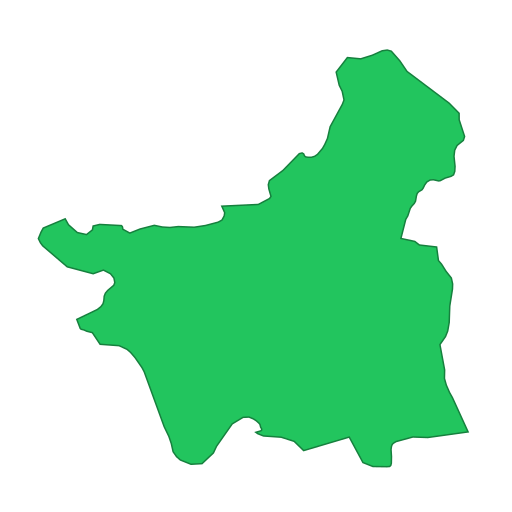 the border of Lucerne, rotated 182°
{"feature_id": "CHE-163", "entity_name": "Lucerne", "entity_type": "Canton", "adm_level": 1, "iso_a3": "CHE", "parent_name": "Switzerland", "parent_adm1": "", "projection": "natural_earth1", "projection_center": [8.13, 47.03], "detail": "fine", "context": "isolated", "style": "filled", "palette": "green", "viewbox_px": 512, "rotation_deg": 182, "n_neighbors": 0, "source": "natural_earth", "source_scale": "10m", "svg_char_len": 2299}
<svg xmlns="http://www.w3.org/2000/svg" viewBox="0 0 512 512"><g transform="rotate(182 256 256)"><path d="M408.7,162.3L416.9,173.7L422.5,174.9L425.4,176.1L428.2,176.7L429.1,177.4L432.9,186.4L412.7,197.0L409.2,200.0L407.2,203.0L406.5,206.2L406.3,210.5L405.2,213.6L403.0,216.4L397.1,221.8L396.2,224.5L397.2,229.0L400.8,233.2L408.0,236.6L418.1,232.6L444.3,238.6L469.5,258.7L471.9,261.7L474.1,265.8L471.7,272.3L469.6,276.5L448.0,286.5L444.5,280.7L435.4,273.2L426.1,271.5L420.4,276.4L419.8,280.3L413.3,282.1L391.6,281.7L390.7,280.9L390.4,280.2L390.0,278.1L382.9,274.5L372.9,278.9L358.7,283.1L350.6,281.7L343.0,281.5L334.7,282.7L318.8,282.6L307.6,284.7L295.0,288.5L291.3,290.7L289.2,294.9L288.8,298.2L291.9,304.6L255.5,307.6L244.5,313.9L243.1,316.1L245.5,323.5L246.2,327.7L245.2,331.8L232.0,342.5L216.3,359.8L213.5,360.6L211.9,359.7L211.0,357.7L209.8,356.8L207.7,356.5L204.0,356.6L200.8,357.7L198.1,359.7L193.3,365.8L191.2,369.8L188.7,375.9L186.4,387.8L175.0,410.6L173.5,415.0L175.6,423.6L178.8,429.6L182.3,442.6L171.6,457.5L158.2,456.7L146.8,460.7L137.1,465.5L132.0,466.4L127.9,465.4L119.2,456.2L111.5,445.7L68.2,415.4L58.0,405.7L57.7,399.2L51.7,382.7L52.8,378.8L58.9,373.5L61.1,368.7L61.6,362.6L60.2,352.5L60.3,347.5L61.4,344.0L63.9,342.4L69.6,340.5L74.5,337.7L76.1,337.4L81.4,338.4L84.7,338.0L87.9,335.9L89.9,332.9L91.3,329.7L92.4,328.0L95.8,325.8L97.1,324.1L97.8,321.5L98.5,316.3L99.7,314.0L102.0,311.3L103.5,309.0L105.7,301.4L107.6,297.9L111.8,278.6L97.8,276.1L93.1,272.7L75.8,271.3L73.5,257.8L70.2,254.2L65.6,247.4L60.0,240.8L58.5,234.9L58.5,229.8L60.6,212.8L60.6,196.3L61.8,187.7L63.8,182.1L69.1,173.9L63.5,148.7L63.4,140.2L61.3,133.6L57.8,126.3L54.8,121.4L37.9,87.6L78.0,80.6L92.9,80.6L109.6,75.4L112.1,73.7L113.1,72.7L113.5,71.9L114.0,70.2L114.3,67.3L113.6,60.3L113.5,53.6L114.0,51.4L115.1,50.3L117.8,50.0L131.8,49.7L141.9,53.3L156.5,78.3L201.6,63.2L211.4,72.1L224.5,75.8L242.2,76.4L248.1,78.5L250.0,79.8L245.2,81.4L244.3,82.2L244.3,83.4L245.4,85.1L246.2,87.9L247.4,89.2L249.9,91.3L252.9,93.1L257.4,94.8L263.3,94.3L273.9,87.4L288.8,64.5L291.7,57.7L302.7,46.6L313.7,45.6L324.5,49.5L328.4,52.7L332.0,57.5L334.1,65.6L336.8,72.7L341.8,82.2L363.7,136.4L366.0,140.4L373.3,150.2L378.0,155.3L381.6,158.2L389.7,161.6L408.2,162.3L408.7,162.3Z" fill="#22c55e" stroke="#15803d" stroke-width="1.5"/></g></svg>